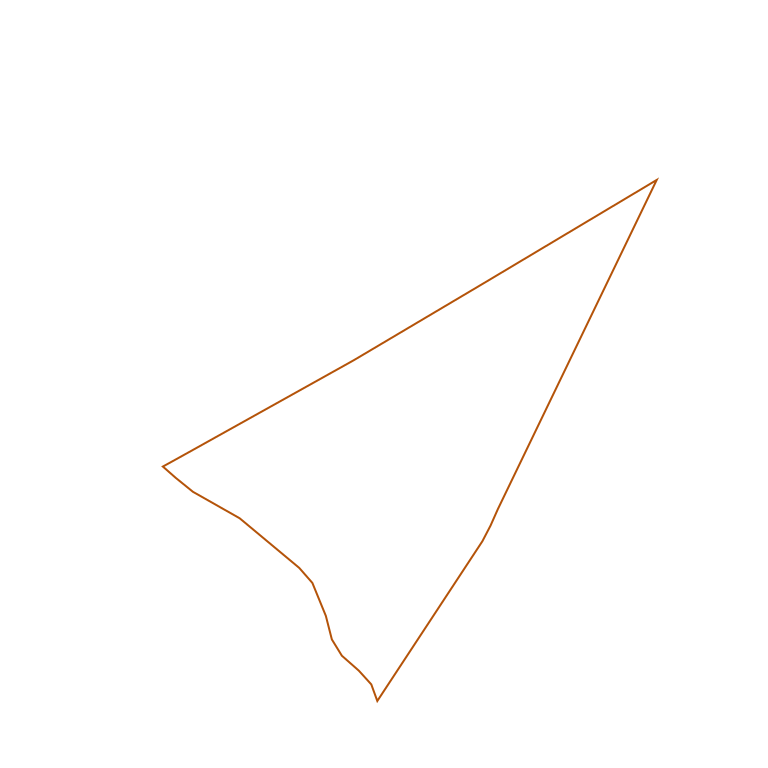 outline of Amparo do São Francisco, Sergipe, Brazil, rotated 203°
{"feature_id": "56859067B64009913440528", "entity_name": "Amparo do São Francisco", "entity_type": "district", "adm_level": 2, "iso_a3": "BRA", "parent_name": "Brazil", "parent_adm1": "Sergipe", "projection": "mercator", "projection_center": [-36.916, -10.174], "detail": "fine", "context": "isolated", "style": "outline", "palette": "amber", "viewbox_px": 768, "rotation_deg": 203, "n_neighbors": 0, "source": "geoboundaries", "source_scale": "gbopen_adm2", "svg_char_len": 417}
<svg xmlns="http://www.w3.org/2000/svg" viewBox="0 0 768 768"><g transform="rotate(203 384 384)"><path d="M316.6,117.4L295.2,110.3L278.3,102.5L266.3,89.6L232.0,277.7L230.6,295.3L230.3,313.3L212.7,678.4L332.2,514.9L421.1,394.1L437.1,373.5L539.7,241.5L555.3,221.6L539.0,216.2L517.7,210.1L464.4,204.0L390.2,181.6L372.2,172.9L346.9,147.8L332.2,128.5L316.6,117.4Z" fill="none" stroke="#b45309" stroke-width="2"/></g></svg>